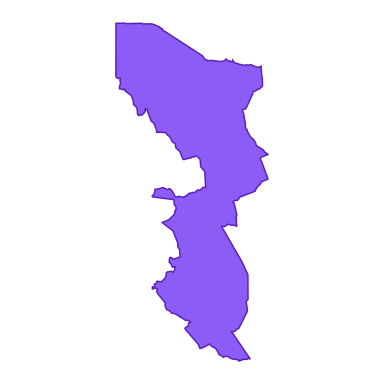 an SVG outline of Eastern
{"feature_id": "KEN-889", "entity_name": "Eastern", "entity_type": "National Capital Area", "adm_level": 1, "iso_a3": "KEN", "parent_name": "Kenya", "parent_adm1": "", "projection": "albers", "projection_center": [37.864, 0.691], "detail": "fine", "context": "isolated", "style": "filled", "palette": "violet", "viewbox_px": 384, "rotation_deg": 0, "n_neighbors": 0, "source": "natural_earth", "source_scale": "10m", "svg_char_len": 6031}
<svg xmlns="http://www.w3.org/2000/svg" viewBox="0 0 384 384"><path d="M124.5,23.0L125.8,23.6L126.3,23.6L141.6,23.3L143.0,23.9L151.6,23.9L154.3,24.6L157.4,26.2L159.3,26.6L159.7,27.0L160.4,28.2L160.7,28.4L161.6,28.3L162.0,28.4L162.2,28.8L162.8,30.5L163.6,30.6L202.1,55.6L203.0,56.5L204.1,58.3L204.8,59.1L205.4,59.4L206.7,59.9L207.7,60.8L208.3,60.8L209.7,60.5L211.1,60.4L220.6,61.5L223.1,61.2L225.3,60.2L225.5,59.2L225.9,59.0L227.0,59.8L227.3,60.3L227.6,60.9L228.8,61.1L229.7,60.8L229.8,61.2L230.0,61.4L232.6,61.6L232.7,60.3L233.9,61.9L234.6,62.6L235.4,63.1L243.1,65.2L244.3,65.2L246.2,64.8L246.9,64.9L247.6,65.2L248.3,65.2L250.8,64.6L255.9,66.8L257.6,67.2L259.3,67.2L261.0,66.1L261.7,75.2L262.1,76.8L262.4,79.3L262.5,85.3L262.3,86.4L261.1,87.2L260.1,88.5L259.7,88.8L257.1,89.7L255.7,90.9L254.1,91.4L253.2,92.0L252.7,92.7L252.6,94.6L252.1,95.0L246.5,107.5L245.6,108.9L243.2,109.6L242.7,109.9L242.5,110.8L243.5,113.1L244.1,115.9L244.3,118.3L245.4,123.7L245.3,127.3L245.9,128.1L246.1,128.8L246.9,129.5L247.1,129.9L247.7,131.8L249.1,134.5L250.9,137.3L252.7,138.6L253.5,139.4L254.4,141.2L255.3,142.2L255.7,143.1L256.2,145.1L256.5,145.7L257.3,146.4L259.3,147.2L260.4,148.2L263.1,149.8L263.7,150.4L264.4,151.6L265.4,152.7L266.3,153.1L267.1,153.8L268.1,154.4L268.0,154.5L261.0,157.4L260.3,157.9L260.4,158.4L267.8,178.3L267.9,179.0L267.0,179.6L261.7,181.6L260.0,184.5L259.4,185.1L257.9,186.4L257.3,187.1L256.1,188.9L255.6,189.9L255.3,190.9L255.0,191.3L240.1,197.0L239.5,197.4L238.8,198.8L237.9,200.0L237.5,200.2L234.5,200.6L233.2,201.4L233.0,201.7L233.0,202.2L234.0,202.9L234.2,203.2L236.6,213.6L236.8,215.3L236.2,216.9L236.6,226.2L234.9,225.5L234.7,225.2L233.9,225.4L233.2,225.3L232.6,225.0L231.5,225.3L228.9,224.4L227.7,224.4L225.4,226.1L224.1,226.7L223.0,226.2L222.6,226.4L221.8,226.3L221.8,226.9L242.2,262.2L247.5,273.8L247.9,274.8L248.0,299.1L247.8,299.7L246.3,301.3L246.2,301.9L247.4,309.5L247.3,310.7L247.1,311.7L239.0,328.1L238.3,328.6L237.1,329.0L236.6,329.4L235.5,330.8L234.6,331.4L233.6,331.6L231.6,331.3L231.4,331.4L250.0,358.7L249.9,358.9L249.2,358.8L248.6,358.5L248.2,358.4L247.0,359.4L246.5,359.4L245.9,359.2L244.6,359.4L243.3,359.3L242.8,359.4L241.8,360.2L240.5,360.4L240.0,360.7L239.1,361.0L238.8,360.9L239.0,360.2L238.7,359.9L236.6,359.7L234.8,359.0L232.7,359.2L231.8,358.6L230.6,358.3L229.6,357.4L227.4,356.3L226.4,356.2L225.8,356.6L225.0,356.6L224.0,356.7L223.3,357.3L221.7,355.7L219.5,354.9L219.0,354.4L217.6,351.5L215.7,348.6L214.7,347.7L212.3,346.8L210.9,345.7L209.9,344.4L209.3,344.1L208.7,344.3L208.3,344.8L207.2,345.5L201.8,348.1L200.7,348.4L199.5,348.1L199.0,345.8L198.6,344.7L185.1,329.0L185.0,328.3L185.4,327.7L186.2,327.0L187.4,326.7L187.8,326.4L188.1,325.8L188.6,323.0L189.3,322.5L190.7,322.0L190.6,321.8L190.3,321.5L188.6,320.5L188.0,320.4L186.3,320.5L185.0,320.1L182.2,317.9L180.7,317.4L177.7,315.2L175.2,313.9L173.9,313.5L171.7,313.1L169.8,311.2L168.9,310.5L167.2,309.9L166.8,309.5L166.4,309.0L165.9,308.0L165.1,305.8L165.0,304.8L165.4,303.2L164.8,302.3L158.2,294.4L157.1,292.5L156.7,291.2L157.5,288.9L157.3,288.6L155.7,288.2L155.2,288.2L154.7,288.3L153.0,289.0L152.5,288.9L152.3,288.6L152.2,288.3L152.5,286.8L153.8,287.0L154.2,286.8L154.9,286.0L155.0,285.6L154.3,284.7L154.3,284.4L156.4,282.9L156.8,282.2L156.8,281.5L157.0,281.3L157.2,281.2L160.8,281.8L161.4,281.8L164.9,278.3L165.8,276.3L166.3,274.9L166.2,273.3L166.3,273.0L166.8,272.4L167.8,271.7L169.1,271.8L170.9,271.2L171.4,271.3L172.9,272.3L173.5,271.7L174.7,270.0L174.7,269.1L175.1,267.3L175.1,266.8L174.8,266.5L174.6,266.5L173.2,267.2L172.5,267.2L171.8,266.0L171.2,264.1L170.9,263.8L169.3,262.4L169.2,261.6L169.6,258.3L169.8,257.7L170.6,257.4L171.1,257.4L173.2,259.0L173.6,259.1L174.0,259.1L179.9,256.9L180.4,256.6L180.5,256.4L180.1,255.8L179.8,254.6L179.8,249.8L179.4,249.2L178.0,247.5L177.8,247.1L177.8,243.2L177.6,242.5L172.9,230.9L172.6,230.5L163.3,223.5L162.3,222.4L163.6,221.8L167.9,220.3L169.5,219.2L174.5,214.1L174.6,213.6L174.8,211.4L175.9,209.7L176.2,208.1L176.1,207.6L175.5,206.3L174.5,204.8L174.2,203.9L174.0,200.3L173.7,199.7L173.2,199.6L153.0,196.9L152.5,196.8L152.3,196.7L152.2,196.4L152.3,195.9L153.1,195.2L153.9,194.2L154.2,193.3L154.8,192.6L154.9,191.9L154.8,190.3L155.0,189.5L155.4,189.1L156.7,189.2L160.1,188.5L161.1,188.2L162.0,187.7L162.7,187.6L163.4,187.7L164.8,188.4L165.6,188.5L166.2,189.1L166.7,189.4L167.8,189.5L168.2,189.3L168.9,188.7L169.6,188.7L171.6,190.3L173.0,192.4L174.0,194.1L174.3,195.4L175.5,196.7L176.6,197.0L179.4,196.3L179.8,196.3L181.4,197.2L182.0,197.2L183.1,196.9L183.8,197.4L184.0,197.3L184.6,196.6L185.7,196.1L187.3,194.8L188.6,193.9L189.4,193.1L189.7,193.1L190.4,193.3L190.8,193.2L192.2,192.5L193.8,192.6L195.1,192.2L195.8,191.8L196.5,190.7L197.6,190.0L198.2,190.0L198.8,190.3L199.3,190.3L201.1,189.3L203.2,187.3L203.9,187.2L205.7,187.7L204.8,172.2L204.6,171.5L204.1,170.8L201.4,167.6L200.8,166.8L200.6,166.1L200.2,160.0L199.9,159.3L199.4,158.6L196.5,155.9L196.1,155.8L195.3,156.2L194.3,157.0L193.8,157.0L192.8,156.9L192.3,157.0L190.6,158.0L189.8,158.1L188.8,158.0L187.5,158.7L185.7,159.0L184.4,159.5L183.6,159.5L183.2,159.3L182.9,159.0L179.9,151.8L179.1,150.7L177.2,149.2L175.8,147.6L175.3,144.0L175.1,143.6L173.0,142.4L172.1,141.7L171.3,139.5L170.2,137.5L169.4,136.5L167.5,135.1L166.8,133.9L166.3,133.3L164.8,132.6L160.4,132.2L157.0,132.4L156.6,132.3L156.7,130.9L156.3,129.5L154.4,124.3L153.7,123.2L151.1,120.9L150.8,120.3L146.9,109.4L146.6,109.1L146.0,108.9L145.5,108.9L145.0,109.1L145.5,110.4L145.2,111.4L144.7,112.3L142.2,114.9L141.6,115.2L140.4,114.9L139.8,115.0L139.4,115.1L138.8,115.6L137.6,114.3L137.3,112.4L137.3,110.3L137.0,108.5L135.9,106.7L135.2,105.8L133.7,104.9L133.4,103.8L133.3,100.4L132.5,98.9L132.2,97.7L131.7,96.7L130.9,95.2L129.8,94.3L127.4,92.7L125.5,91.1L125.4,90.9L125.1,89.5L124.9,89.2L124.6,89.1L123.8,89.8L123.4,89.9L122.9,89.8L122.4,89.2L122.0,89.0L120.2,89.1L119.5,88.8L119.3,87.9L120.5,83.0L120.5,82.5L119.9,80.5L120.5,78.7L120.3,78.4L118.6,78.5L117.1,77.9L116.3,77.3L115.9,76.2L116.0,23.3L122.5,23.2L124.5,23.0Z" fill="#8b5cf6" stroke="#5b21b6" stroke-width="1.5"/></svg>